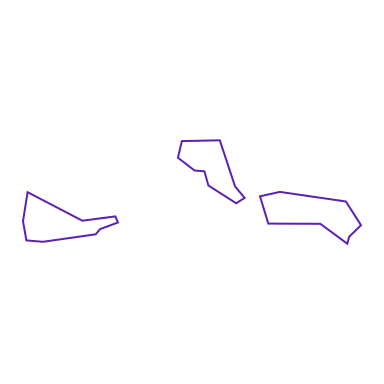 SVG path tracing the border of Turks and Caicos Islands
{"feature_id": "TCA", "entity_name": "Turks and Caicos Islands", "entity_type": "country or territory", "adm_level": 0, "iso_a3": "TCA", "parent_name": "North America", "parent_adm1": "", "projection": "mercator", "projection_center": [-71.981, 21.852], "detail": "fine", "context": "isolated", "style": "outline", "palette": "violet", "viewbox_px": 384, "rotation_deg": 0, "n_neighbors": 0, "source": "natural_earth", "source_scale": "50m", "svg_char_len": 470}
<svg xmlns="http://www.w3.org/2000/svg" viewBox="0 0 384 384"><path d="M349.2,236.7L347.3,243.7L320.3,223.8L268.3,223.6L260.0,196.3L279.9,191.9L345.9,201.5L361.0,225.2L349.2,236.7ZM27.6,192.2L82.3,220.7L115.3,216.4L117.9,222.5L100.1,229.1L95.7,234.3L42.9,241.8L26.4,240.4L23.0,221.2L27.6,192.2ZM244.6,197.9L236.2,203.3L208.4,185.5L204.4,171.3L194.5,170.5L177.9,157.7L181.9,141.1L219.8,140.3L235.1,186.5L244.6,197.9Z" fill="none" stroke="#5b21b6" stroke-width="2"/></svg>